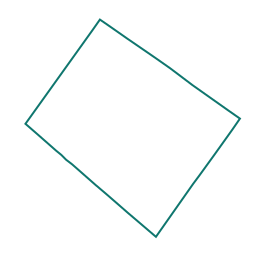 Itawamba, Mississippi, United States of America, rotated 125°
{"feature_id": "52423323B2646485621413", "entity_name": "Itawamba", "entity_type": "district", "adm_level": 2, "iso_a3": "USA", "parent_name": "United States of America", "parent_adm1": "Mississippi", "projection": "orthographic", "projection_center": [-88.339, 34.276], "detail": "fine", "context": "isolated", "style": "outline", "palette": "teal", "viewbox_px": 256, "rotation_deg": 125, "n_neighbors": 0, "source": "geoboundaries", "source_scale": "gbopen_adm2", "svg_char_len": 469}
<svg xmlns="http://www.w3.org/2000/svg" viewBox="0 0 256 256"><g transform="rotate(125 128 128)"><path d="M136.1,42.6L125.8,42.3L100.4,41.9L69.3,41.6L56.1,41.7L56.1,56.6L55.9,99.7L54.9,127.7L54.9,147.1L55.2,179.7L55.2,199.8L55.3,213.2L67.5,213.2L183.4,214.4L184.8,201.0L187.8,173.9L188.3,167.1L189.5,160.5L189.8,153.1L193.4,120.6L193.4,119.9L193.8,116.1L194.6,107.5L197.5,80.2L197.6,79.2L201.1,42.7L136.1,42.6Z" fill="none" stroke="#0f766e" stroke-width="2"/></g></svg>